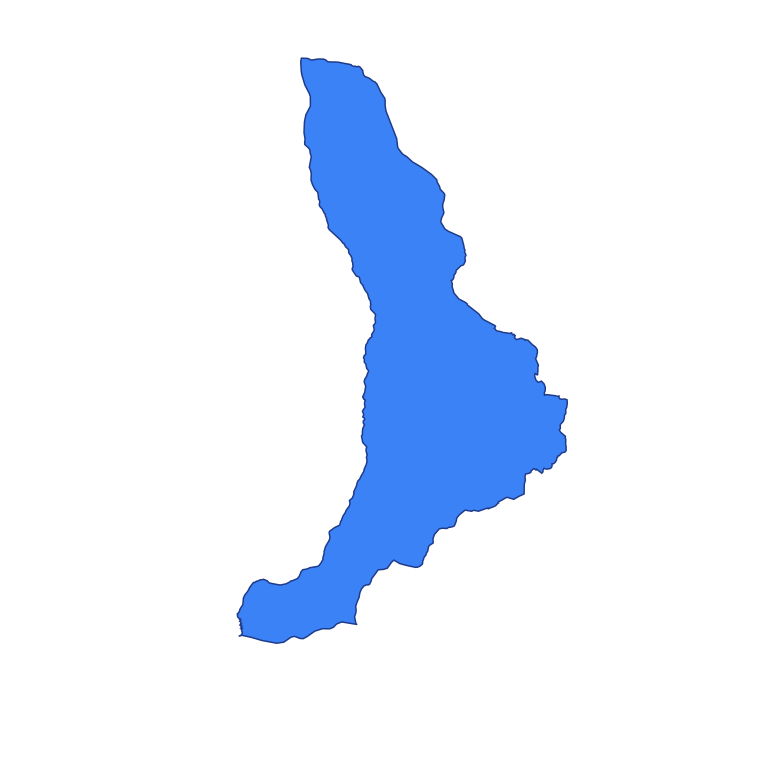 outline of Marga, Caras-Severin, Romania, rotated 201°
{"feature_id": "2599482B48275868518919", "entity_name": "Marga", "entity_type": "district", "adm_level": 2, "iso_a3": "ROU", "parent_name": "Romania", "parent_adm1": "Caras-Severin", "projection": "orthographic", "projection_center": [22.506, 45.504], "detail": "fine", "context": "isolated", "style": "filled", "palette": "blue", "viewbox_px": 768, "rotation_deg": 201, "n_neighbors": 0, "source": "geoboundaries", "source_scale": "gbopen_adm2", "svg_char_len": 6168}
<svg xmlns="http://www.w3.org/2000/svg" viewBox="0 0 768 768"><g transform="rotate(201 384 384)"><path d="M577.9,658.6L577.2,654.9L573.4,646.5L571.5,643.2L564.9,634.7L558.1,628.7L555.8,626.0L552.3,617.0L553.4,607.3L552.2,600.2L548.8,590.1L545.3,584.0L544.7,581.2L543.7,579.1L538.9,577.3L537.1,575.9L535.3,572.5L534.0,571.2L533.3,569.8L531.4,559.6L528.8,556.8L527.3,554.3L525.2,548.2L522.3,544.6L518.1,540.9L515.0,539.5L513.9,538.3L511.3,533.1L510.2,532.5L509.3,531.2L508.6,527.8L506.9,526.4L504.5,525.3L500.7,521.8L499.6,521.4L499.1,520.1L496.8,517.8L496.6,517.0L492.9,512.5L492.2,509.9L490.4,508.5L476.5,503.0L472.4,500.6L471.9,500.9L469.0,498.3L465.4,496.9L463.8,493.7L461.4,492.2L459.0,490.0L458.0,487.3L456.7,486.1L454.9,482.2L455.1,480.3L454.2,478.9L448.7,475.0L445.3,474.9L442.3,470.4L438.5,468.1L438.2,467.4L435.2,464.7L431.8,462.6L428.4,458.0L426.4,456.7L425.6,454.7L424.7,453.3L424.6,451.5L423.1,448.9L416.8,445.9L415.7,441.4L414.0,438.5L414.2,436.5L414.9,435.2L414.7,434.4L413.0,431.9L412.4,430.1L413.2,426.5L413.2,425.6L412.3,423.6L413.4,422.1L413.8,420.4L414.4,419.8L414.3,416.8L414.9,413.9L413.9,409.9L413.1,408.7L411.7,405.0L412.7,403.5L412.4,402.9L412.7,401.8L412.4,401.1L411.2,400.0L410.2,397.3L408.1,396.1L405.8,392.4L403.3,390.9L402.8,389.8L403.2,388.6L403.0,384.9L403.7,381.6L403.3,378.9L400.3,375.4L399.0,369.3L399.2,367.0L398.9,366.1L399.4,365.1L398.9,363.8L398.2,363.7L397.7,362.7L396.1,362.7L395.6,362.0L395.9,361.5L395.0,358.2L393.3,355.5L394.2,352.3L394.3,350.8L392.4,348.8L391.8,347.3L392.1,346.2L391.8,345.5L390.3,345.2L389.6,344.6L389.5,343.2L390.1,341.9L389.8,341.0L388.8,339.6L387.7,339.2L387.8,334.6L387.0,331.4L386.0,329.5L386.4,327.4L382.9,321.8L377.6,319.1L377.4,316.8L376.4,314.5L375.0,312.6L374.4,312.5L374.1,309.1L372.8,307.2L372.1,305.3L371.7,302.6L372.0,297.6L371.8,297.6L371.6,294.6L372.4,289.9L372.6,286.4L373.5,284.6L373.7,282.5L373.2,279.1L373.6,272.4L372.7,271.2L373.0,270.7L372.6,269.3L372.8,266.0L374.5,262.9L373.0,260.3L372.6,257.8L374.0,253.0L374.2,249.1L374.9,246.7L375.0,242.9L374.8,241.2L375.2,240.5L374.8,236.3L378.5,232.5L382.1,226.9L381.8,225.3L379.3,221.1L379.2,218.1L380.3,211.4L379.9,206.1L379.1,204.2L378.9,200.8L378.2,198.1L378.7,194.4L379.7,191.1L380.5,190.0L387.3,186.0L389.6,183.7L393.3,181.5L394.2,179.0L394.1,176.3L394.3,173.4L394.9,172.6L394.8,171.6L398.6,167.9L400.5,166.6L401.1,165.3L403.9,162.3L408.9,159.1L417.4,157.5L420.1,157.2L422.4,158.4L426.4,158.5L429.9,156.4L431.5,154.4L432.3,154.3L433.8,152.1L434.8,151.9L436.4,146.2L436.9,141.7L438.4,136.9L438.5,133.6L436.7,127.4L437.7,122.7L437.6,119.0L438.6,116.7L438.0,116.4L437.8,115.1L437.1,114.1L435.9,113.4L434.4,113.4L434.6,112.6L433.7,112.0L433.2,112.4L433.0,111.7L433.6,110.7L432.2,110.3L431.7,109.0L431.2,109.1L431.1,108.0L432.0,108.3L432.1,107.4L430.9,107.2L431.4,107.0L429.9,106.2L430.1,105.3L429.5,105.7L428.6,104.9L429.5,104.1L427.3,101.3L427.0,100.4L427.4,98.2L429.3,96.5L426.3,98.5L416.3,100.0L406.2,100.8L391.4,103.5L385.1,107.0L380.0,114.4L377.2,116.3L371.0,116.4L368.2,117.3L365.4,120.5L360.0,128.5L353.7,133.5L346.7,136.1L343.9,138.9L342.3,142.9L338.2,146.7L322.8,149.9L324.2,150.0L328.1,156.2L328.3,160.5L329.1,163.2L330.7,166.1L331.0,170.7L330.8,175.9L331.7,180.3L331.7,182.3L331.5,184.8L330.4,188.2L328.4,190.2L326.6,190.9L325.7,191.9L325.4,195.2L325.7,197.9L322.8,208.5L318.1,210.7L314.9,213.2L313.2,219.9L311.8,223.1L304.9,222.0L297.9,222.7L289.0,224.1L287.2,224.9L285.2,226.7L283.7,229.3L283.7,230.4L284.5,232.9L284.2,233.8L284.5,236.3L283.6,239.3L283.8,241.3L283.3,243.4L284.1,248.3L283.7,249.7L281.1,253.2L282.8,257.0L283.0,261.5L280.5,268.6L277.8,270.3L273.6,271.6L272.0,273.6L270.7,274.0L267.7,276.3L267.4,278.0L267.4,281.9L268.0,284.8L267.9,285.5L266.7,289.1L263.1,295.3L256.6,296.6L254.9,298.3L250.2,299.1L244.0,304.4L242.5,305.4L242.0,304.9L236.9,309.5L235.9,310.9L234.9,313.7L234.5,313.9L235.1,314.6L228.7,322.3L221.5,322.9L217.6,327.7L215.1,330.2L213.8,331.6L217.1,340.6L217.6,345.0L219.0,347.5L219.7,350.5L216.5,352.7L215.8,353.5L215.2,354.6L215.6,355.5L213.8,358.7L211.3,358.2L211.1,359.1L204.7,357.3L204.1,359.0L204.7,360.2L204.4,362.6L202.4,362.6L201.1,363.1L199.0,364.3L197.7,365.9L197.8,368.0L198.6,369.7L197.1,370.4L196.1,372.2L195.7,374.6L196.2,377.6L195.7,377.8L195.8,379.2L194.7,379.9L193.4,383.3L190.6,385.4L190.1,387.0L191.6,391.0L192.8,392.7L194.4,397.3L195.7,399.0L195.9,400.2L201.9,402.3L203.9,403.9L203.4,405.5L204.9,409.3L203.3,413.3L203.4,416.6L204.3,419.6L203.7,421.6L205.2,425.5L205.1,428.0L206.1,432.1L207.5,434.9L209.9,434.8L213.0,433.3L214.5,433.2L215.9,434.2L216.3,435.5L218.1,434.5L219.7,434.5L228.2,432.4L230.2,431.1L231.2,433.5L231.1,435.4L232.2,438.7L234.8,441.6L238.1,443.1L240.2,441.1L241.1,441.0L243.5,442.1L245.8,444.8L246.6,446.5L246.7,447.8L244.3,447.4L243.9,448.0L244.6,449.1L244.7,450.7L246.2,454.3L246.6,456.9L251.5,461.9L251.4,464.0L252.1,468.6L253.2,470.9L255.8,472.8L259.6,473.9L265.3,476.5L267.3,476.1L267.9,475.4L268.8,476.0L272.3,475.9L276.4,472.9L279.0,474.2L278.8,476.1L280.7,476.9L281.2,476.1L282.7,476.7L283.2,477.5L284.6,476.4L291.3,474.8L295.1,474.6L297.2,474.0L299.2,474.5L299.8,475.2L301.0,475.5L300.5,477.7L301.3,478.3L314.1,479.8L316.5,480.8L320.6,483.4L334.4,487.6L335.2,488.7L337.0,489.3L344.6,490.2L351.2,493.9L355.2,499.2L356.1,501.9L358.4,504.8L357.5,505.4L357.1,506.4L357.0,508.7L357.7,510.8L357.2,511.9L356.9,514.2L357.4,515.8L354.5,522.1L352.9,523.2L352.4,524.2L352.1,528.0L353.8,531.0L353.6,533.4L354.3,534.5L355.9,535.8L356.5,538.1L357.7,539.3L358.9,541.5L363.6,548.1L365.6,548.9L378.5,549.6L382.6,550.5L389.2,555.7L389.7,559.6L389.4,565.3L392.8,570.5L393.7,573.7L393.8,577.4L395.1,582.4L396.0,583.4L401.3,586.0L402.9,588.3L406.9,591.7L407.9,593.6L414.9,596.7L426.2,599.7L437.2,601.6L444.2,604.4L449.1,605.3L455.0,608.9L456.1,610.0L460.1,617.6L480.1,639.7L482.8,644.5L484.7,649.5L485.8,651.1L491.2,654.9L498.3,661.7L500.5,662.7L503.1,662.9L507.3,664.2L512.3,664.3L514.2,665.7L516.7,669.6L517.5,669.7L519.5,671.1L521.4,671.5L523.7,670.2L524.9,670.4L525.8,669.8L527.8,669.6L529.2,670.3L542.7,667.9L550.7,665.0L552.3,664.8L554.9,665.7L557.0,665.6L562.0,663.8L567.8,660.4L571.9,660.6L577.9,658.6Z" fill="#3b82f6" stroke="#1e3a8a" stroke-width="1.5"/></g></svg>